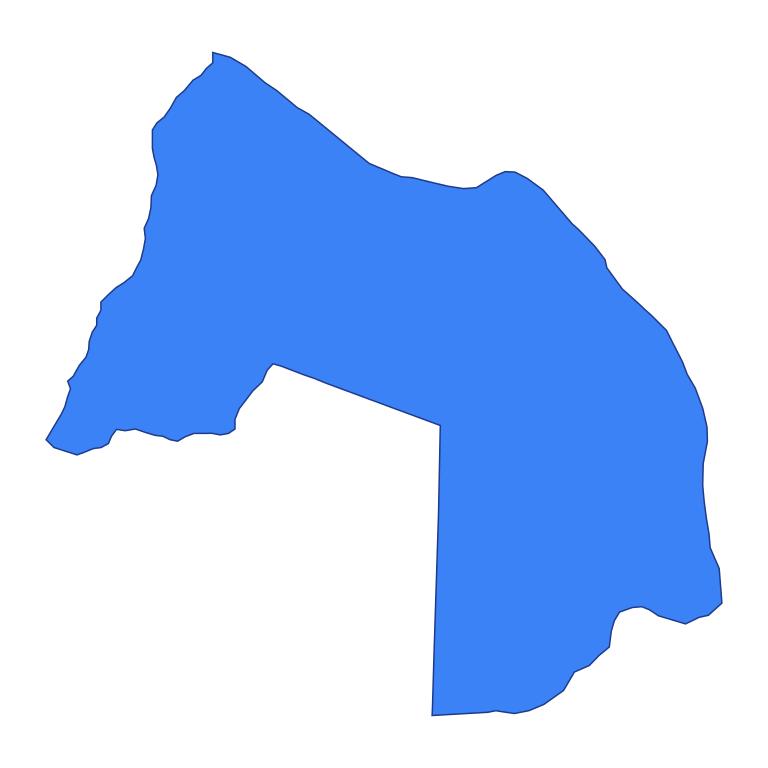 the district of São Miguel do Tocantins, Tocantins, Brazil
{"feature_id": "56859067B58723605824878", "entity_name": "São Miguel do Tocantins", "entity_type": "district", "adm_level": 2, "iso_a3": "BRA", "parent_name": "Brazil", "parent_adm1": "Tocantins", "projection": "mercator", "projection_center": [-47.626, -5.548], "detail": "fine", "context": "isolated", "style": "filled", "palette": "blue", "viewbox_px": 768, "rotation_deg": 0, "n_neighbors": 0, "source": "geoboundaries", "source_scale": "gbopen_adm2", "svg_char_len": 1903}
<svg xmlns="http://www.w3.org/2000/svg" viewBox="0 0 768 768"><path d="M721.9,603.1L719.2,568.5L710.2,547.8L709.0,533.9L706.2,517.0L704.2,501.7L703.5,494.2L702.7,485.2L703.2,463.6L707.4,441.5L707.0,427.1L702.7,408.2L695.3,388.2L687.2,374.3L682.5,361.9L673.2,343.8L666.5,330.4L651.1,315.1L645.7,310.3L638.3,303.3L622.3,289.0L606.9,267.9L605.0,259.6L594.8,246.3L578.5,229.5L572.1,223.8L543.2,190.1L527.2,178.4L515.0,172.1L505.2,171.6L496.2,175.3L476.4,187.7L463.5,188.6L447.8,186.2L431.3,182.3L412.1,177.6L401.3,176.8L392.3,173.2L369.1,163.4L309.3,114.4L297.2,107.6L276.8,90.6L265.1,82.8L246.0,66.5L230.3,57.3L212.8,52.5L212.8,62.8L206.4,68.4L201.1,75.3L193.1,80.1L184.3,90.6L176.4,97.4L170.4,108.1L164.2,117.0L156.9,122.9L152.4,130.0L152.4,138.2L152.4,148.5L154.1,157.5L156.4,165.3L157.9,174.8L156.1,185.4L151.4,195.7L150.9,207.7L148.6,218.5L144.2,228.3L145.4,238.5L143.5,249.1L140.7,260.1L136.9,267.1L132.6,275.7L123.6,282.9L116.2,287.5L108.3,294.7L100.9,302.1L100.9,310.3L96.7,318.1L96.7,325.3L92.3,332.1L89.2,341.4L88.7,349.4L86.0,357.2L79.3,365.4L73.2,376.3L67.7,381.1L70.5,388.9L67.6,396.8L64.8,406.9L61.3,414.1L46.1,439.7L54.0,447.5L77.0,454.9L84.5,452.2L93.2,448.6L101.2,447.5L108.4,443.5L111.5,436.2L116.5,429.4L125.2,430.7L135.4,429.0L145.6,432.5L155.3,435.4L162.7,436.2L170.1,439.7L177.6,441.2L185.1,436.8L194.0,433.4L203.8,433.4L212.0,433.3L220.3,434.9L228.5,433.4L235.0,429.0L235.0,419.2L239.3,408.6L245.7,400.3L252.7,391.0L262.3,381.8L267.2,370.2L273.0,363.8L280.8,366.0L303.8,374.8L314.0,378.3L326.6,383.4L440.3,425.5L438.5,514.7L434.1,651.0L432.5,706.4L432.1,715.5L487.7,712.3L495.9,710.7L504.0,712.0L514.4,713.5L528.8,710.7L543.9,704.4L563.6,690.4L574.4,672.0L589.3,665.5L599.1,655.4L609.3,647.0L611.3,631.1L614.3,620.8L619.5,612.1L632.3,607.5L641.8,606.7L649.5,609.8L658.5,615.8L685.5,623.9L699.2,617.3L708.4,615.3L721.9,603.1Z" fill="#3b82f6" stroke="#1e3a8a" stroke-width="1.5"/></svg>